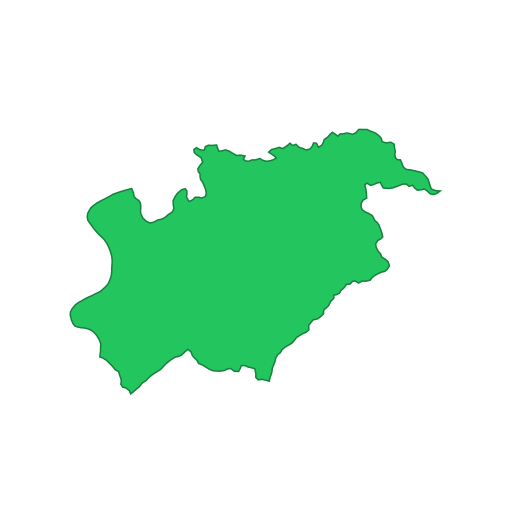 outline of Cássia, Minas Gerais, Brazil, rotated 250°
{"feature_id": "56859067B74168157441705", "entity_name": "Cássia", "entity_type": "district", "adm_level": 2, "iso_a3": "BRA", "parent_name": "Brazil", "parent_adm1": "Minas Gerais", "projection": "orthographic", "projection_center": [-46.919, -20.558], "detail": "fine", "context": "isolated", "style": "filled", "palette": "green", "viewbox_px": 512, "rotation_deg": 250, "n_neighbors": 0, "source": "geoboundaries", "source_scale": "gbopen_adm2", "svg_char_len": 4567}
<svg xmlns="http://www.w3.org/2000/svg" viewBox="0 0 512 512"><g transform="rotate(250 256 256)"><path d="M254.1,451.3L255.9,447.2L259.0,443.7L262.8,443.7L266.3,443.8L269.1,444.0L273.1,442.6L277.0,441.0L279.0,438.5L281.4,434.9L284.2,430.5L285.9,426.9L289.1,424.9L293.6,424.8L297.0,424.6L297.9,422.0L300.5,420.6L303.8,421.1L306.8,422.8L310.1,423.1L313.9,424.0L316.9,421.5L317.6,417.4L320.1,413.7L324.1,413.9L327.4,412.5L330.6,410.3L332.5,408.3L334.6,405.8L336.9,403.7L338.1,400.4L339.8,395.9L337.7,391.9L337.4,388.1L339.1,385.8L340.6,383.3L341.0,379.5L342.0,376.9L340.7,373.8L343.4,372.1L346.1,370.1L344.9,367.0L343.2,364.0L342.1,359.9L339.8,358.1L337.7,356.0L336.8,351.9L341.3,351.4L342.6,348.8L340.1,346.6L338.1,343.4L338.5,339.4L340.9,336.8L343.9,333.2L347.3,331.8L347.3,328.2L350.4,326.5L349.2,323.6L348.5,320.7L347.8,317.7L350.1,315.2L350.4,310.5L350.7,306.9L349.3,303.4L346.5,305.4L344.0,307.3L341.2,308.6L340.6,305.4L340.6,301.9L341.6,297.8L344.0,294.7L346.3,293.0L346.5,288.5L347.7,284.9L347.5,281.9L348.6,279.1L351.1,277.1L353.7,279.9L356.2,275.8L357.0,272.4L359.3,270.2L361.4,268.5L363.5,266.9L366.2,263.6L366.5,259.7L367.1,257.0L370.5,256.8L373.8,257.0L374.9,252.6L376.4,249.1L376.1,245.9L373.2,243.4L374.8,239.9L378.2,237.1L377.3,234.0L374.1,233.4L371.1,235.1L367.2,238.0L362.4,237.9L360.1,234.1L357.9,231.2L355.0,230.6L352.3,231.5L349.8,230.6L346.7,230.1L343.8,231.1L336.2,231.4L332.0,230.8L329.3,228.9L328.9,225.1L330.8,222.3L332.0,218.9L330.4,215.6L330.2,211.7L335.2,210.9L337.9,212.3L340.9,213.3L343.5,212.4L343.8,209.1L342.8,206.3L341.8,203.6L339.8,200.7L336.5,197.1L331.9,195.6L328.5,195.1L325.9,192.2L324.9,187.6L323.3,183.6L322.9,179.7L323.5,176.0L322.8,171.8L323.2,167.6L326.2,164.8L330.2,162.7L335.0,162.2L337.9,162.9L341.8,164.6L345.3,165.5L348.2,164.9L350.8,162.9L353.8,161.7L357.2,162.5L361.9,162.2L362.5,156.0L362.8,150.2L362.9,146.8L362.9,142.9L362.2,139.3L361.8,136.4L361.4,133.2L360.9,129.0L360.2,124.4L359.0,120.6L357.8,117.3L355.7,114.7L353.6,112.4L350.5,110.8L347.0,110.2L343.9,111.0L340.7,112.0L337.8,112.8L334.2,114.0L331.0,115.3L328.0,116.7L324.6,118.5L321.5,119.5L318.6,120.2L314.8,120.6L310.2,120.7L305.4,120.4L300.9,119.3L297.5,117.9L294.2,116.4L290.4,115.0L287.1,113.3L284.7,111.5L282.6,109.7L280.2,107.2L278.6,104.2L277.3,101.1L276.0,97.7L275.6,94.7L275.3,91.2L274.9,88.3L274.7,84.6L274.1,79.8L273.4,76.5L273.0,73.1L271.8,69.4L269.3,65.1L266.7,62.4L263.8,61.2L259.1,60.7L255.0,60.9L252.1,61.9L250.3,64.1L248.4,67.0L247.2,69.9L244.9,73.3L242.5,75.8L239.6,77.7L235.9,79.1L230.9,80.1L226.4,80.1L223.6,78.8L220.5,77.7L217.7,76.3L214.6,74.7L212.4,77.3L209.3,79.7L204.6,82.0L200.9,83.6L197.4,84.7L194.5,87.3L190.3,87.1L187.6,87.1L184.9,86.8L181.7,85.1L178.3,85.9L176.3,88.8L172.9,90.9L169.3,91.0L170.1,93.7L171.6,97.6L173.0,101.6L175.4,105.4L176.5,110.1L178.3,113.5L179.4,116.4L180.3,119.5L181.1,123.2L182.1,127.8L183.7,130.9L185.1,133.5L186.3,136.6L187.5,140.4L188.6,145.2L188.1,149.1L188.4,152.0L189.8,155.5L191.7,159.8L188.6,162.1L185.0,162.1L182.0,162.9L178.2,164.8L174.7,165.3L171.7,168.6L168.1,171.4L165.4,173.6L163.2,175.9L161.5,179.3L160.1,182.8L159.2,187.2L159.6,190.2L159.0,193.6L155.0,196.3L153.5,200.2L155.7,202.7L158.0,204.8L156.8,208.1L154.4,210.6L152.7,213.2L150.5,216.3L145.8,215.7L142.0,214.3L138.8,215.7L138.1,219.4L136.2,222.3L133.8,225.7L137.0,227.6L139.8,230.0L142.2,231.6L145.2,233.1L147.7,235.4L149.8,237.3L153.4,239.7L155.9,242.7L156.8,245.7L159.1,248.5L160.4,252.2L161.1,256.1L161.8,259.9L163.3,262.8L165.5,266.1L166.4,269.9L167.0,273.0L167.2,277.0L168.5,280.4L172.8,281.8L174.8,285.0L176.4,287.8L175.9,292.6L177.3,297.0L178.6,299.7L182.1,301.2L183.1,304.0L184.5,307.2L187.9,310.8L189.7,314.7L192.6,315.7L192.1,318.6L192.6,321.8L194.6,324.0L196.1,328.0L198.4,331.4L197.5,335.0L199.1,337.8L198.7,340.6L195.5,343.1L196.1,347.1L194.7,351.1L194.2,355.0L195.8,357.3L196.9,360.2L197.6,364.2L197.9,368.4L197.5,371.6L198.4,374.4L201.0,378.1L205.7,378.1L209.4,376.0L211.8,373.8L215.5,373.8L219.0,372.4L222.8,371.9L226.3,372.5L228.9,375.6L229.4,379.0L230.5,381.6L234.1,382.1L238.0,382.2L243.1,382.1L246.0,381.4L248.7,379.8L251.6,379.5L254.3,379.0L256.9,377.0L259.4,374.3L263.1,371.6L266.4,371.6L269.4,372.8L271.9,375.8L272.5,379.8L276.8,381.1L281.7,382.2L285.7,382.5L286.4,385.3L283.2,387.7L282.9,391.5L283.2,394.3L282.7,398.0L279.6,398.3L276.3,398.9L275.0,401.8L273.8,404.6L273.2,407.8L273.2,413.2L273.4,418.3L272.1,422.0L269.1,423.6L268.9,427.4L265.8,428.3L262.7,430.0L261.7,433.9L261.4,437.1L258.6,439.1L254.8,441.0L253.1,443.6L252.9,447.2L254.1,451.3Z" fill="#22c55e" stroke="#15803d" stroke-width="1.5"/></g></svg>